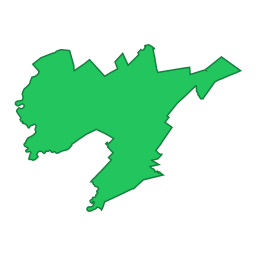 Dumbrava, Prahova, Romania
{"feature_id": "2599482B20295036954451", "entity_name": "Dumbrava", "entity_type": "district", "adm_level": 2, "iso_a3": "ROU", "parent_name": "Romania", "parent_adm1": "Prahova", "projection": "mercator", "projection_center": [26.217, 44.861], "detail": "fine", "context": "isolated", "style": "filled", "palette": "green", "viewbox_px": 256, "rotation_deg": 0, "n_neighbors": 0, "source": "geoboundaries", "source_scale": "gbopen_adm2", "svg_char_len": 5604}
<svg xmlns="http://www.w3.org/2000/svg" viewBox="0 0 256 256"><path d="M101.5,210.0L102.8,207.4L103.6,204.9L104.7,201.8L105.8,201.3L115.6,196.8L132.5,188.7L133.4,188.9L143.4,179.8L163.1,175.0L162.9,174.9L162.7,174.6L161.9,174.2L161.3,173.5L160.2,173.4L160.1,173.0L160.1,172.5L160.0,172.2L159.4,172.2L159.1,172.0L158.9,172.8L158.7,173.0L158.5,172.5L158.5,172.4L158.1,172.6L157.9,172.5L157.8,171.7L157.5,171.5L157.6,171.3L157.5,171.2L157.4,171.2L157.1,171.5L156.8,171.7L156.6,171.4L155.9,171.3L155.0,171.7L154.6,170.8L154.5,170.0L154.3,169.7L153.6,169.0L153.2,168.9L152.7,168.7L152.1,168.5L151.1,167.8L150.8,167.6L150.6,166.9L150.1,166.5L159.0,164.6L151.6,160.3L151.9,160.1L152.9,160.0L157.9,158.8L161.6,154.8L161.8,154.3L160.5,154.5L158.2,153.0L157.2,151.8L155.8,150.6L160.3,144.7L163.1,140.3L169.7,130.7L172.0,127.3L165.0,122.3L166.1,120.8L168.9,117.3L167.0,115.9L174.4,106.8L177.0,103.5L178.1,102.4L187.4,93.9L192.0,89.4L193.1,88.4L195.7,85.9L196.2,86.0L196.4,86.3L196.3,87.1L196.5,87.5L196.3,88.3L196.6,89.0L196.4,90.2L196.6,91.4L197.9,93.4L198.0,94.8L198.1,95.0L198.7,95.3L198.8,95.5L198.9,95.9L199.3,96.8L200.1,97.7L200.5,98.6L200.7,98.8L201.0,98.8L201.3,98.7L201.7,98.8L202.0,98.7L202.5,98.6L203.1,98.8L203.2,98.3L214.8,82.0L215.7,81.3L216.7,81.0L217.0,80.6L217.9,80.2L221.0,79.0L229.8,75.2L236.6,72.5L240.6,70.7L221.4,56.9L209.7,66.3L206.7,68.6L205.8,69.2L205.5,69.6L205.5,69.9L205.5,70.1L205.7,70.3L204.9,70.1L204.3,70.1L190.2,74.5L189.6,67.3L182.8,68.3L157.9,72.4L156.8,69.7L155.0,59.9L155.1,59.6L154.6,56.8L154.4,56.5L153.0,48.9L154.4,48.7L154.3,48.4L154.2,48.2L153.9,48.0L153.0,47.7L152.8,47.3L151.5,46.2L150.6,45.9L150.1,45.8L149.9,45.5L149.5,45.2L149.0,44.9L148.7,44.8L147.2,45.0L146.4,45.5L145.5,45.4L144.9,45.6L144.8,45.9L144.9,46.3L145.4,46.6L145.4,47.1L145.1,47.6L144.6,48.1L143.9,49.5L143.4,50.0L142.7,50.2L142.0,50.2L141.1,50.0L140.8,49.6L137.9,52.7L138.8,54.6L135.8,57.7L128.1,65.2L122.7,53.4L115.0,61.8L117.1,67.4L117.7,68.8L112.5,71.6L111.0,72.4L104.7,76.3L89.5,59.7L84.8,63.5L74.3,70.7L73.9,69.1L73.9,67.2L73.8,66.6L73.8,65.6L69.6,50.6L62.2,49.8L60.8,49.7L56.8,51.1L54.7,52.8L53.6,53.1L52.4,53.3L40.9,57.8L32.8,64.2L34.2,65.9L39.1,71.5L38.7,71.8L38.8,72.6L38.6,73.1L37.9,74.2L36.3,75.8L36.2,75.8L36.1,75.6L35.9,75.7L35.8,75.9L34.3,76.7L32.0,77.1L31.3,79.0L30.4,81.0L30.2,81.6L30.1,82.6L29.9,83.1L29.6,83.7L28.7,84.9L27.2,86.3L26.6,87.1L24.6,88.6L23.9,89.4L23.6,90.2L22.8,92.2L22.4,93.6L22.3,94.4L23.1,97.1L23.1,98.2L22.5,99.7L22.0,100.2L21.2,100.6L17.9,101.1L16.8,101.4L16.3,101.7L15.7,102.4L15.5,102.8L15.4,103.6L15.4,104.0L16.0,104.9L16.6,105.4L17.5,105.8L18.3,105.8L18.9,105.6L20.5,104.7L21.9,104.0L22.2,103.9L23.0,104.1L23.5,104.3L24.0,105.0L24.1,105.3L24.2,105.7L24.1,106.5L23.4,107.5L22.7,108.1L22.2,108.4L21.6,108.6L21.3,108.6L20.6,108.5L19.3,107.9L18.7,108.0L17.1,109.8L16.7,110.6L16.6,111.1L16.7,111.4L16.9,111.8L17.9,113.4L18.6,114.6L19.7,116.1L20.6,117.1L20.7,118.0L20.5,118.8L20.4,119.1L20.1,119.4L20.4,120.2L21.4,121.6L21.7,121.8L22.7,121.7L22.9,121.9L22.9,122.2L22.7,122.9L22.8,123.2L22.9,123.3L23.6,123.6L25.0,123.8L26.2,124.6L27.1,125.6L28.1,127.5L28.3,127.7L28.6,127.9L29.2,127.8L29.6,127.3L29.8,126.5L30.2,126.0L31.1,125.7L33.2,124.9L34.2,124.3L34.7,124.3L35.4,124.7L35.7,124.9L35.9,125.4L36.1,126.2L36.1,126.8L35.4,128.2L35.1,129.4L35.1,129.7L35.4,130.5L35.7,131.0L36.0,131.6L36.0,132.0L35.8,132.4L35.0,133.5L34.2,134.1L33.7,134.7L33.1,135.2L30.8,136.6L28.6,137.6L27.7,138.4L27.2,139.1L26.5,140.1L26.1,141.2L25.4,143.0L25.1,143.2L24.7,143.3L24.4,143.6L24.1,144.3L24.1,144.8L24.2,145.1L24.7,146.0L25.1,146.3L27.7,147.8L27.9,148.0L28.0,148.3L28.0,148.6L27.6,149.2L26.3,150.0L25.8,150.7L25.8,151.1L26.1,151.7L26.7,151.9L27.1,152.0L28.2,151.9L29.4,151.6L30.1,151.7L30.5,151.9L30.7,152.2L30.7,153.2L30.0,154.6L28.8,159.0L29.1,159.3L29.7,159.5L31.5,159.5L32.0,159.7L32.7,160.1L33.3,160.2L34.5,159.8L35.6,159.2L37.5,157.4L37.8,157.0L38.0,156.7L37.8,156.1L36.7,154.8L36.6,154.5L36.6,154.3L37.4,153.5L37.6,152.9L38.2,152.0L39.0,151.5L39.7,151.3L40.6,151.3L41.2,151.4L42.2,151.8L43.7,153.2L44.0,153.3L44.3,153.3L44.9,153.0L45.3,152.4L45.8,151.1L46.2,151.0L47.4,151.4L48.1,151.4L48.7,151.1L49.4,150.3L49.7,150.2L50.2,150.5L50.7,150.9L51.2,151.6L51.3,152.0L52.1,152.2L53.2,152.2L54.0,151.6L54.6,151.5L55.9,152.8L56.3,153.1L56.8,153.2L58.3,152.9L61.8,151.1L63.1,150.8L63.8,150.5L65.4,150.3L66.2,149.9L66.9,149.9L68.1,149.1L68.5,148.7L68.9,148.7L69.1,148.5L70.4,146.9L71.5,145.7L71.8,144.9L71.9,144.2L72.1,144.0L76.3,141.2L78.6,139.4L84.2,135.7L85.3,134.9L87.5,133.6L94.7,130.2L96.1,129.3L104.4,133.2L107.8,135.0L113.7,138.5L108.5,143.8L107.1,142.3L105.7,143.7L108.4,146.5L107.8,147.2L113.1,152.8L108.5,157.6L111.3,160.0L105.0,166.9L100.7,171.4L97.8,174.4L97.0,175.3L96.5,175.5L96.4,175.8L95.7,176.7L93.6,178.6L92.1,180.2L90.9,181.7L91.8,181.7L92.4,182.1L93.0,182.7L93.1,183.8L93.4,184.2L94.0,184.6L94.9,186.1L95.0,186.3L95.8,186.6L97.1,186.8L97.7,187.1L98.2,187.7L98.4,188.5L98.0,189.5L97.7,190.5L96.7,191.1L96.7,191.3L97.2,192.7L97.4,193.0L97.6,193.1L97.3,193.4L96.8,194.2L96.3,194.5L96.1,194.8L95.7,195.9L95.6,196.9L95.3,197.1L94.4,197.3L92.6,197.5L92.3,199.3L90.9,199.9L90.5,200.2L90.1,200.7L90.1,201.3L90.4,202.1L91.8,203.3L92.1,203.3L92.3,203.2L92.9,202.0L92.9,201.6L93.1,201.5L93.7,201.4L94.1,201.7L94.2,202.0L94.2,202.3L94.2,202.8L92.8,205.8L92.1,206.4L91.7,206.7L90.5,207.0L88.8,206.8L88.0,207.2L87.5,207.6L87.1,208.3L87.0,208.7L87.0,209.4L87.3,210.1L88.0,210.8L89.0,211.2L89.9,211.1L91.8,210.6L93.5,209.5L94.7,209.2L95.1,209.0L96.3,208.3L97.0,207.2L97.4,207.1L99.0,207.7L100.0,208.3L100.9,209.1L101.5,210.0Z" fill="#22c55e" stroke="#15803d" stroke-width="1.5"/></svg>